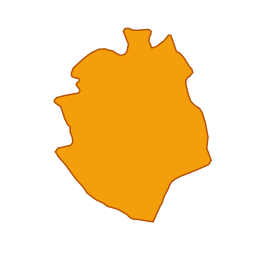 outline of San Rafael Las Flores, Santa Rosa, Guatemala, rotated 76°
{"feature_id": "79465075B42432820540382", "entity_name": "San Rafael Las Flores", "entity_type": "district", "adm_level": 2, "iso_a3": "GTM", "parent_name": "Guatemala", "parent_adm1": "Santa Rosa", "projection": "robinson", "projection_center": [-90.174, 14.448], "detail": "fine", "context": "isolated", "style": "filled", "palette": "amber", "viewbox_px": 256, "rotation_deg": 76, "n_neighbors": 0, "source": "geoboundaries", "source_scale": "gbopen_adm2", "svg_char_len": 1445}
<svg xmlns="http://www.w3.org/2000/svg" viewBox="0 0 256 256"><g transform="rotate(76 128 128)"><path d="M225.1,126.3L211.4,115.6L209.2,113.3L203.1,109.4L195.3,102.5L194.4,102.5L190.1,97.9L190.1,96.6L189.1,95.2L187.7,89.8L186.1,77.2L183.1,58.7L179.5,55.1L166.8,56.5L156.3,52.6L141.8,51.7L131.0,52.3L126.3,53.9L122.8,57.4L117.2,60.7L110.0,61.4L99.6,61.3L95.9,60.3L93.8,58.6L92.6,55.2L91.4,54.1L90.0,51.8L86.6,51.8L83.2,53.6L73.5,56.7L67.8,59.7L65.4,62.5L48.7,64.0L47.8,65.0L47.8,66.3L52.5,72.5L53.0,74.4L55.8,80.7L56.1,85.5L48.4,86.7L43.9,84.6L42.7,83.2L39.5,82.2L37.2,84.5L35.6,94.8L34.2,99.8L32.5,101.7L32.3,102.8L31.3,103.5L30.9,106.8L33.0,109.1L46.9,107.3L52.3,109.9L53.8,110.8L55.6,113.4L56.0,117.2L53.6,120.5L49.1,124.7L48.3,127.2L45.7,131.1L44.6,137.2L45.9,144.3L47.6,149.1L50.6,155.5L53.0,160.0L56.4,166.3L60.7,169.5L63.2,170.1L64.8,169.7L67.5,165.6L67.6,164.3L68.9,163.6L70.1,163.9L70.9,164.6L71.7,166.0L72.0,167.0L73.9,167.8L78.9,165.6L80.6,165.8L82.1,167.5L81.2,181.5L81.3,190.1L83.2,192.7L84.9,193.1L86.0,192.5L91.1,188.1L103.9,187.1L110.2,185.7L112.7,184.0L118.6,185.1L123.3,184.4L128.5,184.9L130.9,188.0L130.6,200.9L133.6,204.3L136.3,203.1L138.1,202.9L148.9,197.4L164.6,191.1L175.0,185.5L181.5,183.3L190.2,176.0L194.7,170.4L199.2,166.6L203.6,158.7L206.1,155.7L211.2,150.5L211.8,149.9L212.8,149.3L213.7,148.9L216.4,146.8L218.2,143.7L218.7,141.5L224.8,127.3L225.1,126.3Z" fill="#f59e0b" stroke="#b45309" stroke-width="1.5"/></g></svg>